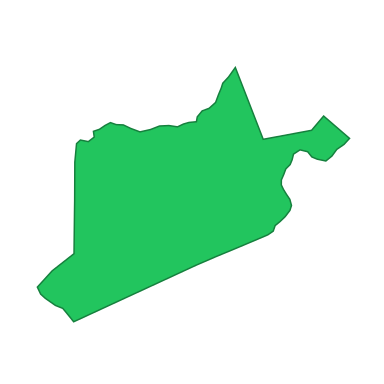 Tanque d'Arca, Alagoas, Brazil (Natural Earth projection), rotated 266°
{"feature_id": "56859067B91269907652383", "entity_name": "Tanque d'Arca", "entity_type": "district", "adm_level": 2, "iso_a3": "BRA", "parent_name": "Brazil", "parent_adm1": "Alagoas", "projection": "natural_earth1", "projection_center": [-36.408, -9.567], "detail": "fine", "context": "isolated", "style": "filled", "palette": "green", "viewbox_px": 384, "rotation_deg": 266, "n_neighbors": 0, "source": "geoboundaries", "source_scale": "gbopen_adm2", "svg_char_len": 1037}
<svg xmlns="http://www.w3.org/2000/svg" viewBox="0 0 384 384"><g transform="rotate(266 192 192)"><path d="M313.2,243.9L304.1,236.4L298.4,230.3L293.6,228.4L287.2,225.2L279.7,221.8L274.3,214.9L272.2,207.8L266.6,202.5L261.8,201.3L261.6,193.8L260.4,188.2L258.0,182.1L259.9,173.6L260.1,164.2L257.2,154.9L255.6,144.3L259.7,135.3L263.7,128.2L264.5,121.1L266.9,115.5L264.5,110.0L261.0,104.0L259.4,97.9L253.6,98.3L249.5,92.1L251.6,84.3L248.3,80.2L230.0,77.2L191.1,74.3L180.5,73.4L138.7,70.0L123.1,47.0L107.9,31.1L100.7,33.9L96.1,38.3L88.4,47.8L84.9,55.0L78.3,59.7L70.8,64.9L118.7,191.0L125.7,210.9L132.6,231.5L135.8,240.9L144.0,264.7L147.3,270.3L152.7,272.6L156.4,277.8L160.9,283.2L166.8,288.4L171.6,290.3L177.8,289.1L183.2,286.0L188.2,283.4L192.8,281.6L197.8,282.0L203.2,284.8L208.5,287.2L212.5,291.8L217.1,294.1L222.7,295.9L226.5,302.7L224.1,310.2L218.6,314.0L216.0,319.2L213.6,327.7L218.1,334.1L224.4,339.4L228.9,347.0L234.5,352.9L258.6,328.6L245.2,315.6L239.6,266.7L313.2,243.9Z" fill="#22c55e" stroke="#15803d" stroke-width="1.5"/></g></svg>